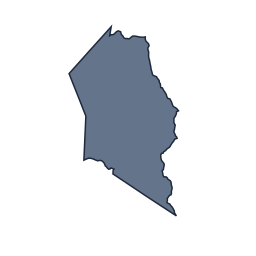 outline of Olho d'Água das Cunhãs, Maranhão, Brazil, rotated 337°
{"feature_id": "56859067B71077729140959", "entity_name": "Olho d'Água das Cunhãs", "entity_type": "district", "adm_level": 2, "iso_a3": "BRA", "parent_name": "Brazil", "parent_adm1": "Maranhão", "projection": "robinson", "projection_center": [-45.08, -4.123], "detail": "fine", "context": "isolated", "style": "filled", "palette": "slate", "viewbox_px": 256, "rotation_deg": 337, "n_neighbors": 0, "source": "geoboundaries", "source_scale": "gbopen_adm2", "svg_char_len": 2070}
<svg xmlns="http://www.w3.org/2000/svg" viewBox="0 0 256 256"><g transform="rotate(337 128 128)"><path d="M178.0,123.8L178.2,121.4L178.1,119.1L177.9,117.5L176.2,116.3L176.0,114.1L176.3,112.5L176.2,110.9L175.9,108.8L175.4,107.0L175.4,104.6L173.9,103.6L174.4,101.9L175.0,100.0L174.7,98.3L175.2,96.5L174.9,95.1L174.4,93.5L174.3,91.9L173.3,91.0L171.9,89.6L171.4,88.0L171.8,86.6L172.2,83.0L173.0,80.1L173.4,77.9L173.8,76.0L174.3,74.0L174.5,71.5L175.2,69.5L176.0,67.7L176.7,66.2L176.9,64.6L177.1,63.1L177.7,61.9L179.5,60.6L179.8,58.5L179.1,56.8L178.4,54.6L178.7,52.7L179.5,50.9L177.4,50.4L174.1,48.7L172.3,47.4L170.8,46.4L168.3,45.2L166.2,45.7L165.0,46.2L163.4,46.2L161.9,45.1L160.5,44.7L159.3,43.2L159.2,41.1L158.4,39.4L158.6,38.0L158.8,36.5L157.0,34.8L155.2,34.8L153.3,35.5L151.7,36.2L150.3,36.1L148.9,35.5L147.2,35.9L152.1,28.2L122.9,41.8L95.0,54.9L94.7,66.5L94.3,84.7L94.0,94.8L93.9,100.5L74.8,140.4L77.0,140.3L78.4,140.3L80.5,140.5L82.4,141.7L84.2,143.2L85.7,144.9L87.2,146.3L89.7,146.9L91.2,148.2L92.1,150.1L92.4,151.8L92.3,154.1L93.0,155.3L93.3,156.7L94.0,158.3L95.4,158.7L96.7,158.1L99.0,160.3L97.7,161.3L96.2,164.4L114.4,192.1L117.1,196.3L138.2,227.8L137.9,225.7L137.6,224.4L138.2,222.3L138.1,220.8L137.8,218.2L137.0,216.0L136.8,214.4L135.7,213.2L134.8,212.1L135.3,210.8L136.2,209.7L136.5,208.3L138.3,207.2L140.0,206.2L141.5,206.3L142.5,205.0L143.1,203.4L144.6,201.4L145.4,199.9L145.6,197.6L146.2,195.6L146.5,193.9L146.0,192.5L144.8,191.0L144.7,189.3L144.0,187.9L142.1,187.1L141.7,185.6L142.1,183.9L142.5,182.0L142.9,180.4L144.3,180.2L145.0,178.9L146.0,177.5L147.0,176.0L147.2,174.4L146.6,172.6L146.2,170.7L146.6,168.2L147.4,166.0L148.9,164.4L150.4,164.9L151.6,163.8L153.8,163.5L155.6,162.5L157.7,162.1L159.2,161.7L160.9,160.3L162.9,159.0L165.2,157.8L166.3,156.7L167.6,156.6L169.2,156.7L169.2,155.1L168.7,153.8L168.8,151.4L168.6,149.6L170.2,147.5L171.4,145.5L172.6,143.8L172.4,142.1L172.5,140.5L174.1,137.0L176.5,135.4L178.1,133.7L179.1,131.9L181.2,131.9L180.5,129.3L179.6,127.8L178.1,125.9L178.0,123.8Z" fill="#64748b" stroke="#1e293b" stroke-width="1.5"/></g></svg>